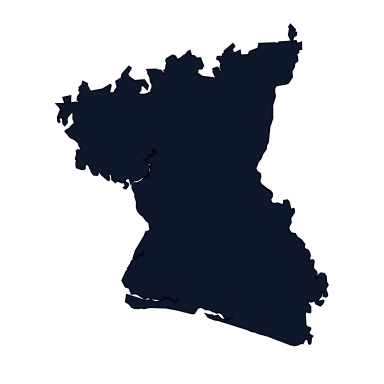 San Félix, Chiriquí, Panama (Robinson projection), rotated 356°
{"feature_id": "35544464B1884855613124", "entity_name": "San Félix", "entity_type": "district", "adm_level": 2, "iso_a3": "PAN", "parent_name": "Panama", "parent_adm1": "Chiriquí", "projection": "robinson", "projection_center": [-81.909, 8.256], "detail": "fine", "context": "isolated", "style": "filled", "palette": "ink", "viewbox_px": 384, "rotation_deg": 356, "n_neighbors": 0, "source": "geoboundaries", "source_scale": "gbopen_adm2", "svg_char_len": 5934}
<svg xmlns="http://www.w3.org/2000/svg" viewBox="0 0 384 384"><g transform="rotate(356 192 192)"><path d="M158.0,89.2L153.0,91.2L147.4,91.3L144.9,88.7L147.0,87.9L147.9,86.9L148.7,81.3L151.7,83.4L154.4,86.5L155.8,82.7L152.2,76.8L142.7,77.0L137.7,73.1L135.8,70.1L139.9,64.2L137.8,62.3L131.2,68.8L130.3,70.1L129.7,73.2L123.8,76.3L124.9,82.3L121.9,85.7L121.7,87.5L117.4,87.6L116.6,86.7L118.6,80.0L118.0,79.1L109.9,83.2L97.5,84.6L94.6,77.7L95.2,76.6L90.9,74.1L89.6,77.6L86.8,79.8L87.0,81.1L86.3,82.8L87.7,84.5L86.2,87.3L85.4,87.6L84.2,90.4L84.1,92.1L85.4,91.7L84.9,92.7L85.2,94.1L84.6,95.2L82.3,94.4L76.9,94.9L77.6,87.6L69.9,88.8L71.6,95.0L62.8,94.6L65.8,98.3L66.8,100.4L63.1,108.1L63.2,112.0L63.9,113.1L64.7,113.2L65.0,112.5L64.3,110.6L64.7,109.3L65.7,108.6L67.4,108.7L68.1,110.3L68.1,114.5L69.6,116.8L72.3,114.1L72.2,110.3L73.3,108.2L77.1,104.3L78.5,104.2L79.0,105.1L78.5,110.7L79.8,115.0L75.6,118.3L74.1,120.1L70.3,121.8L69.7,122.8L74.6,129.3L78.5,131.3L82.2,135.1L82.7,138.2L84.2,141.2L83.6,142.7L80.9,142.0L79.6,142.9L79.8,146.3L78.1,150.8L79.4,152.7L78.5,154.2L78.3,158.9L78.9,159.8L83.7,161.8L85.9,161.8L87.0,161.0L87.1,157.9L88.1,157.1L89.5,157.1L91.0,158.6L93.4,165.5L95.4,168.2L98.8,168.6L99.6,167.6L99.3,165.3L100.7,165.0L103.2,168.6L109.2,174.6L110.6,173.9L110.1,168.7L110.8,168.1L111.9,168.2L113.0,169.7L113.1,174.0L116.2,177.2L117.7,175.9L119.0,175.9L122.4,177.8L125.6,177.7L125.3,179.5L126.5,181.2L124.0,182.9L124.6,183.7L126.4,184.1L129.0,180.9L128.9,179.0L126.9,177.9L126.0,176.6L126.3,175.3L127.7,174.2L129.1,173.8L130.4,174.3L131.7,179.7L134.5,176.7L137.4,176.6L137.9,175.8L139.0,176.4L143.8,173.8L148.6,172.6L149.5,171.0L149.9,167.1L151.9,163.3L149.0,161.0L148.4,158.5L146.2,155.5L147.1,155.6L148.0,157.3L149.7,154.8L151.4,154.0L151.7,151.7L154.5,152.2L155.5,151.3L157.8,151.1L158.1,149.8L156.2,149.7L155.5,148.6L155.4,147.6L156.4,146.3L158.1,148.1L159.2,147.7L157.8,148.7L156.2,147.2L156.5,149.1L158.6,149.5L158.4,151.3L155.5,152.4L154.5,153.6L152.3,152.3L151.7,154.4L149.2,157.0L149.7,159.8L152.4,160.8L153.3,162.6L152.5,164.3L152.4,166.7L149.2,173.1L147.9,174.1L145.6,174.7L142.3,177.5L137.7,179.2L134.9,178.9L132.8,181.0L132.7,184.7L135.2,190.2L134.8,192.4L136.1,197.9L135.6,203.7L136.5,207.0L138.9,210.6L141.6,212.9L144.5,217.5L146.9,219.3L147.6,226.6L146.4,227.9L143.0,228.7L143.1,229.5L142.2,230.5L141.8,232.0L131.7,246.4L128.6,254.4L129.4,254.9L132.2,253.3L134.7,250.5L137.7,251.4L137.9,248.5L139.2,247.2L138.3,251.7L137.6,252.1L134.6,251.5L132.8,253.7L126.9,256.7L125.7,259.4L122.4,263.8L123.1,265.0L121.0,266.4L116.1,275.4L119.0,282.0L121.8,283.0L122.9,284.0L123.7,286.9L125.0,287.8L124.1,288.9L124.3,289.5L128.0,289.4L130.2,290.1L137.0,295.0L141.5,294.2L143.4,295.5L149.9,296.5L152.5,297.7L154.0,297.2L156.1,295.5L158.1,295.2L162.9,296.8L166.7,299.6L169.1,299.3L170.7,296.8L171.3,297.1L171.3,298.4L168.0,300.7L164.6,299.5L160.7,296.9L157.7,296.1L152.3,299.1L147.2,298.9L142.9,296.6L139.8,297.0L135.8,296.3L119.7,289.9L118.2,296.8L121.6,299.3L124.0,302.8L126.3,303.9L130.1,304.4L133.3,304.0L136.1,304.9L140.6,304.1L144.6,304.3L158.0,305.7L168.6,308.4L183.9,313.4L185.9,313.2L189.6,308.1L193.1,307.5L197.6,310.2L201.2,310.6L204.6,312.8L206.2,313.1L207.8,314.5L210.5,314.0L213.9,316.0L215.4,319.2L217.3,320.5L221.8,320.4L224.5,319.4L221.9,321.0L213.5,321.3L211.2,319.5L209.4,316.9L205.6,317.5L203.2,316.0L200.6,316.0L197.3,314.7L199.4,318.0L205.4,321.0L209.5,321.9L238.4,333.3L242.1,335.4L245.0,335.9L247.8,337.5L257.6,340.9L280.0,351.3L283.7,352.3L287.9,351.6L289.9,350.5L292.0,350.9L294.2,347.3L296.0,346.5L297.5,347.8L297.9,351.4L298.6,351.9L299.5,351.6L300.1,350.4L300.7,346.0L302.3,344.2L299.6,342.5L298.7,341.0L299.2,339.0L300.8,337.2L300.6,335.8L297.5,334.6L296.2,333.3L296.3,321.0L297.7,319.3L301.0,320.6L301.9,320.1L302.3,314.5L299.9,311.2L300.4,309.0L303.4,310.0L306.7,308.8L308.0,312.3L312.3,314.5L314.7,312.3L315.9,310.0L315.2,309.2L311.1,310.1L310.4,309.4L310.9,307.7L313.6,305.1L314.3,300.8L315.7,300.9L315.8,305.1L318.3,306.0L319.7,305.1L320.0,303.7L318.5,298.1L321.2,294.1L319.9,291.3L319.8,285.3L318.2,282.7L314.9,281.9L313.0,283.3L310.4,287.2L309.6,287.0L310.8,283.1L310.7,280.4L308.1,277.2L307.7,275.5L308.9,269.5L308.3,268.3L304.9,268.3L304.1,267.5L305.5,263.4L304.6,259.7L303.2,257.8L300.4,256.5L300.0,254.7L300.8,252.0L297.8,247.6L293.5,244.1L292.1,240.9L288.4,239.9L286.3,237.0L285.9,233.7L288.7,229.3L288.3,225.2L292.6,219.4L292.7,216.2L291.8,215.6L290.2,216.5L289.2,215.6L288.1,208.8L286.7,206.7L283.1,207.0L282.5,210.4L281.6,211.3L276.8,209.1L272.7,209.4L270.6,208.1L269.6,205.1L271.7,202.0L271.9,199.0L270.3,196.4L266.4,193.6L261.8,189.3L260.7,187.4L260.2,185.8L261.5,181.7L261.5,179.0L260.9,178.0L258.7,176.5L257.1,173.0L259.9,166.9L263.2,163.1L265.1,158.9L268.9,154.3L269.6,150.4L271.4,147.8L274.0,132.5L277.5,124.3L278.3,111.0L281.7,102.4L281.2,96.8L281.7,94.1L283.5,91.6L293.9,90.7L295.7,89.8L297.1,88.2L300.0,84.2L299.9,78.4L302.7,74.4L303.3,70.7L306.5,68.5L306.5,64.0L305.3,62.3L308.0,60.2L308.1,57.5L311.2,57.2L311.5,50.2L307.3,51.4L306.3,48.3L303.0,48.7L303.0,47.1L304.3,44.2L306.8,42.9L307.3,40.1L305.5,39.1L306.3,37.2L301.9,31.7L300.1,34.2L301.0,35.4L299.3,42.2L301.8,48.6L289.2,48.6L288.4,49.9L287.1,49.9L285.2,49.1L269.2,48.6L268.0,53.2L259.4,55.9L257.8,59.0L250.1,59.1L249.8,54.0L243.6,56.6L241.9,52.6L244.7,49.5L243.2,47.0L234.1,53.7L234.1,56.1L232.6,56.2L231.6,59.0L226.8,58.7L226.1,61.1L228.3,62.3L229.9,65.7L228.9,70.1L230.4,73.2L228.1,73.9L227.3,71.0L226.1,69.4L221.6,70.5L221.6,73.9L224.1,80.2L210.2,77.5L205.4,73.6L206.8,69.4L210.3,69.8L212.2,67.1L209.8,58.9L206.0,58.9L203.7,56.3L200.9,55.9L199.8,50.9L197.9,51.4L194.8,54.9L193.5,55.1L189.7,57.9L186.6,58.9L184.9,55.4L182.3,54.1L176.0,57.3L175.2,58.8L176.0,62.1L175.0,63.8L174.4,68.2L172.6,68.6L173.8,71.0L173.1,72.7L169.3,68.4L167.0,68.2L164.6,67.1L155.6,66.8L156.4,68.1L156.4,70.6L158.2,74.9L158.4,79.1L159.8,81.7L159.5,85.2L158.2,87.7L158.0,89.2Z" fill="#0f172a" stroke="#020617" stroke-width="1.5"/></g></svg>